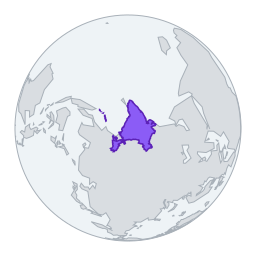 India highlighted on a globe, orthographic projection, rotated 159°
{"feature_id": "IND", "entity_name": "India", "entity_type": "country or territory", "adm_level": 0, "iso_a3": "IND", "parent_name": "Asia", "parent_adm1": "", "projection": "orthographic", "projection_center": [83.514, 21.122], "detail": "fine", "context": "on_globe", "style": "filled", "palette": "violet", "viewbox_px": 256, "rotation_deg": 159, "n_neighbors": 0, "source": "natural_earth", "source_scale": "50m", "svg_char_len": 15762}
<svg xmlns="http://www.w3.org/2000/svg" viewBox="0 0 256 256"><g transform="rotate(159 128 128)"><circle cx="128" cy="128" r="113" fill="#eef3f6" stroke="#a8b0b8"/><path d="M169.0,23.1L170.4,23.7L175.4,25.9L171.9,24.4L183.6,30.2L188.9,33.8L181.0,28.8L178.6,27.7L181.3,29.5L179.5,28.8L179.7,29.3L177.3,28.4L172.9,26.0L171.2,25.4L173.2,26.8L172.0,27.0L169.4,25.0L167.1,25.3L159.2,22.0L154.1,18.8L147.7,17.4L139.3,15.9L149.4,17.4L159.3,19.8L169.0,23.1ZM136.5,15.7L136.3,15.7L135.7,15.6L136.5,15.7ZM126.6,15.4L126.4,15.4L128.0,15.4L127.9,15.5L126.4,15.5L124.7,15.4L125.2,15.4L123.9,15.4L126.6,15.4ZM123.4,15.5L123.0,15.5L122.4,15.5L123.4,15.5ZM120.8,15.6L120.6,15.6L117.2,15.9L120.8,15.6ZM179.5,27.9L177.8,27.0L180.1,28.2L179.5,27.9ZM180.2,29.6L181.2,30.1L180.9,30.2L180.2,29.6ZM177.0,29.0L176.1,29.2L176.2,28.6L177.0,29.0ZM175.1,29.0L173.2,29.7L175.3,30.8L168.2,28.3L172.2,28.3L171.9,27.3L173.4,28.4L175.1,29.0ZM129.2,15.4L127.4,15.4L130.3,15.4L129.2,15.4ZM131.0,15.4L139.9,16.0L141.7,16.3L138.4,15.9L141.9,16.5L138.4,16.3L135.7,16.0L135.2,15.8L134.2,15.9L131.0,15.4ZM164.5,26.9L163.4,26.8L163.7,26.5L164.5,26.9ZM128.1,15.5L129.8,15.5L131.5,15.7L128.5,15.8L128.9,15.7L128.1,15.5ZM144.5,16.8L145.2,17.1L142.6,17.0L138.4,16.4L144.5,16.8ZM127.7,15.6L126.9,15.8L124.7,15.8L126.7,15.5L127.7,15.6ZM133.2,15.8L133.8,15.9L132.5,15.8L133.2,15.8ZM116.5,16.4L118.4,16.1L119.5,16.2L116.5,16.4ZM126.8,15.9L127.5,15.9L128.2,16.0L127.2,16.1L126.8,15.9ZM136.9,16.4L135.6,16.4L138.4,16.8L136.5,16.9L134.2,16.3L134.4,16.6L133.8,16.7L132.5,16.2L136.9,16.4ZM128.1,16.5L124.4,16.2L120.6,16.5L119.6,16.4L125.9,16.0L128.1,16.5ZM130.8,16.4L128.9,16.4L128.6,16.2L129.7,16.0L130.8,16.4ZM136.1,17.2L139.6,17.1L140.0,17.3L136.1,17.2ZM127.1,16.6L128.0,16.7L126.8,16.7L127.1,16.6ZM133.4,17.0L134.6,16.9L135.0,17.1L133.4,17.0ZM128.8,17.1L127.6,16.9L128.3,16.7L128.8,17.1ZM131.0,17.1L131.3,17.3L129.3,16.8L131.4,17.0L131.0,17.1ZM133.6,17.2L134.3,17.2L133.1,17.2L133.6,17.2ZM126.8,18.0L124.1,17.4L125.7,16.9L128.1,17.5L126.8,18.0ZM25.9,80.3L36.6,66.9L36.2,70.0L41.9,73.1L42.1,74.7L38.4,79.3L40.2,90.2L44.5,87.0L49.2,94.3L54.3,96.4L61.5,87.3L53.2,83.5L54.8,78.1L63.9,77.1L71.6,80.9L72.5,79.0L70.2,72.9L74.5,70.5L69.6,70.6L69.7,73.0L66.6,73.3L66.4,71.2L68.0,70.3L66.4,68.6L59.4,73.7L58.7,76.7L52.9,75.2L51.2,80.1L48.7,81.5L50.7,73.6L52.5,71.4L54.0,62.3L51.5,64.4L50.0,73.3L49.3,72.1L46.0,75.6L48.0,72.0L50.4,62.2L46.9,61.2L37.9,67.7L36.8,67.0L38.0,63.6L45.8,54.8L47.3,57.6L50.1,55.0L53.7,50.0L53.8,51.4L55.5,49.9L56.5,50.9L61.6,48.7L63.2,49.6L68.9,45.5L70.5,45.5L66.7,47.8L64.8,50.1L69.2,52.9L71.1,52.5L74.5,49.8L75.2,51.1L77.9,48.1L82.2,48.8L79.3,45.6L83.2,42.8L87.7,41.7L88.5,40.4L81.0,42.2L78.5,43.6L77.2,45.6L69.9,49.4L67.6,49.2L73.2,43.5L70.6,42.8L76.1,39.0L93.0,35.4L98.1,36.0L98.9,42.4L95.5,43.7L93.6,41.8L92.0,46.0L93.7,44.4L94.4,45.7L98.3,43.8L98.9,44.7L101.5,41.5L102.7,42.4L101.0,44.3L107.8,42.7L111.3,44.2L112.6,43.4L112.9,42.2L117.1,45.1L117.8,44.5L116.7,43.3L117.4,41.3L120.3,39.0L121.6,40.1L120.7,41.1L120.9,45.0L118.4,47.7L119.2,48.0L121.7,45.9L121.5,41.1L122.9,39.4L123.5,41.6L123.4,40.7L124.5,40.2L126.8,40.9L126.3,38.6L136.5,33.4L142.0,34.7L141.4,36.9L149.9,35.6L155.4,37.8L154.4,36.5L157.8,35.5L156.1,34.8L155.8,34.1L163.7,32.1L166.6,32.7L168.8,31.1L168.3,30.6L166.3,29.9L168.2,28.3L175.3,30.8L176.2,31.9L180.1,33.1L181.5,35.5L184.4,38.2L183.7,40.7L186.1,42.9L187.4,43.2L191.6,46.7L195.9,53.7L186.8,46.8L179.3,37.7L181.9,41.1L179.6,40.1L179.6,41.3L181.5,44.0L182.8,44.4L177.5,48.8L179.0,56.8L182.9,55.9L186.4,58.2L191.5,68.2L188.2,83.2L192.8,87.7L193.8,90.9L191.4,93.2L189.8,88.5L186.4,87.2L185.9,84.4L181.4,87.1L180.5,83.3L177.5,87.5L179.8,90.4L184.1,89.2L181.8,94.9L187.5,99.9L189.3,106.4L183.6,118.9L176.1,123.3L175.8,125.4L172.2,123.3L168.3,127.8L175.7,139.1L175.8,142.6L169.1,149.6L168.8,147.1L159.3,141.5L158.1,149.7L165.3,156.0L167.8,163.6L162.5,161.5L159.9,154.8L156.6,152.6L157.0,145.5L153.4,135.1L148.1,137.3L148.1,133.0L142.3,124.4L134.3,127.2L122.0,138.2L120.9,149.0L116.4,153.4L109.2,137.5L108.2,126.9L104.2,127.5L98.0,117.9L83.3,115.2L82.5,112.2L79.4,113.0L75.2,109.3L74.4,104.5L71.3,104.1L73.9,116.8L77.4,117.3L82.0,113.6L81.9,117.9L86.1,122.5L77.1,131.0L57.3,135.3L57.4,127.1L53.1,102.1L54.4,99.9L54.5,99.6L54.5,99.1L52.0,102.5L52.0,97.8L52.1,114.5L51.2,121.2L57.0,135.7L55.9,136.7L58.4,140.0L69.0,139.6L68.6,142.3L62.3,153.1L49.6,165.5L52.5,176.8L53.6,185.5L48.3,188.8L51.5,195.7L49.2,196.7L50.9,200.3L50.5,203.0L49.0,204.6L43.4,201.1L40.9,197.6L34.8,189.2L25.5,170.2L24.6,163.6L23.1,157.2L19.4,140.7L20.0,133.7L19.6,129.7L18.3,128.9L18.0,124.1L17.5,123.0L15.7,119.0L15.8,118.4L16.7,110.6L18.2,102.8L20.3,95.1L22.8,87.6L25.9,80.3ZM29.4,76.0L28.3,77.8L29.4,76.0ZM77.7,90.5L83.7,92.6L84.6,85.7L87.0,86.0L86.5,83.7L84.7,85.2L83.9,79.0L87.8,78.0L88.9,75.3L87.0,74.5L79.9,77.3L81.0,86.0L78.1,88.2L77.7,90.5ZM63.6,41.4L62.7,42.7L60.5,44.1L58.5,43.9L61.7,41.8L63.6,41.4ZM61.9,44.5L68.0,39.3L69.5,39.6L67.6,40.2L68.0,40.9L65.1,42.3L60.5,47.9L58.2,49.5L55.8,47.6L57.9,47.2L58.7,45.7L61.9,44.5ZM81.1,28.6L83.7,27.2L83.4,29.4L81.0,30.6L78.9,30.2L80.5,28.6L81.1,28.6ZM113.8,16.3L113.3,16.3L112.4,16.4L113.8,16.3ZM110.4,16.7L111.4,16.6L116.5,16.0L122.9,15.5L124.2,15.6L123.5,15.8L122.2,16.0L121.7,15.8L120.3,16.1L118.6,16.0L117.3,16.2L108.3,17.2L109.0,17.0L102.8,18.3L102.4,18.3L110.4,16.7ZM114.2,22.5L114.2,21.5L111.0,23.5L109.3,22.8L109.1,23.1L106.6,23.1L103.2,23.7L102.9,23.3L101.7,23.8L100.0,23.9L98.3,24.4L97.1,23.9L94.8,24.6L95.5,24.0L92.0,25.3L94.1,24.2L92.2,24.5L91.2,25.4L88.9,23.2L86.4,23.6L83.1,24.8L87.1,23.1L92.7,21.1L98.5,19.5L100.4,19.6L101.8,19.0L103.2,18.9L101.5,19.4L104.9,18.6L105.5,18.7L110.7,18.3L115.3,17.4L117.3,17.4L115.8,17.8L118.8,17.5L117.4,18.3L118.8,18.4L118.8,19.4L115.1,20.4L117.0,20.4L117.1,21.4L114.2,22.5ZM126.6,18.3L122.7,19.3L119.8,19.5L121.0,17.7L119.9,17.5L120.6,16.6L124.8,16.4L124.2,16.6L124.6,16.8L123.2,16.8L124.6,17.0L123.9,17.4L124.8,17.7L123.3,17.9L126.6,18.3ZM44.2,73.6L44.8,74.3L46.0,74.9L43.9,77.3L44.2,73.6ZM45.7,66.9L46.4,67.0L44.1,70.4L43.6,69.7L45.7,66.9ZM48.8,64.4L46.6,66.8L47.5,65.1L48.8,64.4ZM67.5,47.9L68.6,48.1L67.9,48.8L66.5,49.6L67.5,47.9ZM104.4,29.4L104.9,28.5L105.7,28.4L108.6,26.8L110.1,27.3L109.0,28.5L104.4,29.4ZM59.0,88.4L56.4,89.6L56.1,88.4L57.1,88.2L59.0,88.4ZM48.9,83.3L50.3,85.7L48.4,83.9L48.9,83.3ZM106.6,29.7L107.6,28.9L107.7,29.7L106.6,29.7ZM111.4,27.6L111.9,28.4L110.7,27.2L111.4,27.6ZM109.3,232.8L111.3,233.7L109.5,233.6L109.3,232.8ZM68.7,188.4L67.4,201.9L63.1,200.8L60.5,196.2L59.8,187.6L64.2,186.3L65.9,182.7L68.7,188.4ZM192.4,178.1L195.2,178.0L195.0,178.5L192.4,178.1ZM189.6,176.9L192.8,176.5L189.0,178.0L189.6,176.9ZM194.1,176.4L197.3,174.9L198.8,173.9L198.4,174.9L194.1,176.4ZM187.4,177.3L174.8,178.7L169.6,177.9L170.9,176.1L179.2,175.7L187.4,177.3ZM170.5,176.1L162.6,171.7L150.9,157.5L155.1,157.6L167.1,165.9L166.4,167.5L171.2,171.0L170.5,176.1ZM189.4,164.7L188.6,169.5L181.7,170.0L178.6,169.6L176.4,163.9L177.6,160.7L180.3,160.5L189.9,148.9L193.4,150.9L190.6,155.7L193.4,159.4L189.4,164.7ZM121.5,150.0L124.3,156.4L121.8,157.4L121.5,150.0ZM193.4,141.0L189.8,146.1L192.9,139.5L193.4,141.0ZM194.9,134.8L195.4,137.2L193.6,135.1L194.9,134.8ZM176.2,128.7L173.4,129.5L173.1,127.8L176.5,125.8L176.2,128.7ZM190.7,112.0L191.4,116.9L191.2,118.7L189.6,115.9L190.7,112.0ZM120.9,35.3L115.1,36.8L111.9,38.7L111.7,40.9L109.5,38.7L114.4,35.7L120.9,35.3ZM134.5,33.4L134.6,31.9L136.2,32.3L136.4,32.8L134.5,33.4ZM133.4,32.6L130.5,31.2L131.7,30.2L133.7,31.5L133.4,32.6ZM118.4,29.9L116.5,30.2L116.5,29.5L118.4,29.9ZM200.4,214.0L202.9,211.3L205.0,209.8L202.0,212.7L200.4,214.0ZM199.2,206.1L180.2,215.7L176.7,215.7L178.9,213.0L178.3,205.9L179.6,205.8L180.4,200.6L192.3,193.8L201.3,183.0L206.4,182.3L211.2,174.5L216.0,173.5L213.7,179.3L217.7,181.2L222.9,168.0L222.8,179.6L224.0,182.6L221.4,189.7L210.0,204.7L205.8,208.6L206.1,207.8L204.1,209.6L202.5,210.1L203.9,206.7L201.8,208.5L204.8,205.0L201.3,208.4L201.5,206.3L199.2,206.1ZM231.9,171.5L232.3,170.4L232.3,170.5L231.9,171.5ZM235.8,160.8L235.7,161.0L236.2,159.5L235.8,160.7L235.8,160.8ZM236.3,155.9L236.6,155.0L236.6,155.4L236.3,155.9ZM199.2,177.3L203.2,173.0L205.2,172.3L199.2,177.3ZM236.3,154.8L235.8,155.2L236.0,154.4L236.3,154.8ZM236.5,153.1L236.6,152.2L236.6,154.2L236.5,153.1ZM235.8,151.9L236.3,153.0L235.7,152.2L235.8,151.9ZM235.4,152.5L235.0,152.2L235.0,151.8L235.4,152.5ZM228.1,158.3L230.1,162.8L228.0,163.7L225.9,161.3L223.4,165.6L218.3,166.9L219.7,164.4L219.2,161.4L213.4,161.8L212.2,160.0L214.5,158.0L210.4,157.4L214.9,155.3L216.5,159.2L219.0,155.0L222.9,154.6L226.4,154.7L228.8,156.7L228.1,158.3ZM214.5,164.9L215.3,164.7L214.5,166.1L214.5,164.9ZM234.1,150.6L234.7,152.1L234.6,152.7L234.2,152.7L234.1,150.6ZM229.4,155.7L232.2,150.8L232.7,150.5L230.8,155.5L229.4,155.7ZM231.7,148.8L232.8,148.6L233.3,150.3L233.0,151.0L231.7,148.8ZM205.4,163.1L205.2,164.4L203.9,163.7L205.4,163.1ZM207.0,162.1L210.6,162.5L206.7,163.2L207.0,162.1ZM195.3,160.1L196.4,162.8L200.1,160.3L197.3,163.5L199.6,167.7L198.7,169.7L196.4,165.0L195.3,170.4L193.7,170.6L192.9,166.2L194.7,160.4L196.4,157.8L202.9,155.7L195.3,160.1ZM207.1,158.6L206.1,155.4L206.8,153.0L207.9,154.5L207.1,158.6ZM202.8,147.9L199.9,144.4L197.4,146.4L202.1,140.0L204.3,144.3L202.8,147.9ZM199.9,139.6L197.7,141.4L199.8,137.8L199.9,139.6ZM196.9,140.2L196.4,137.5L198.3,137.5L196.9,140.2ZM201.2,139.5L201.2,134.8L202.4,137.3L201.2,139.5ZM194.9,131.5L199.5,135.3L194.0,134.3L192.6,125.3L194.8,124.7L194.9,131.5ZM200.1,93.4L198.9,91.0L200.6,90.1L200.9,92.0L200.1,93.4ZM205.0,85.7L200.6,89.1L196.9,92.2L198.6,93.1L198.8,97.5L195.6,93.9L197.4,88.7L200.4,87.2L199.8,83.7L201.3,80.9L199.2,76.8L199.6,74.7L202.3,78.1L205.0,85.7ZM198.2,75.1L195.2,67.9L198.9,68.2L200.4,69.9L200.3,72.9L198.3,72.5L198.2,75.1ZM195.6,66.3L193.7,66.0L185.2,56.5L184.3,54.7L192.8,61.6L191.4,61.7L192.8,64.1L195.6,66.3ZM164.3,27.4L163.5,26.9L164.7,27.2L164.3,27.4ZM154.8,33.8L154.7,33.0L156.2,33.3L154.8,33.8ZM155.2,31.0L153.6,31.2L154.7,30.5L155.2,31.0ZM150.1,31.9L152.7,31.1L151.0,32.5L150.1,31.9Z" fill="#d9dde1" stroke="#a8b0b8" stroke-width="1"/><path d="M100.7,121.3L101.1,121.2L101.7,121.2L101.8,120.6L102.0,120.6L103.2,120.7L103.6,121.0L104.0,120.9L104.9,120.6L105.0,120.6L105.0,120.9L105.2,121.0L105.9,120.7L105.8,120.3L105.9,120.1L105.4,118.6L105.4,118.2L104.7,118.0L104.5,117.6L104.7,116.4L103.7,115.9L103.8,115.2L104.5,114.5L105.0,113.8L105.4,113.5L105.8,113.7L105.9,114.1L106.0,114.2L107.9,113.8L108.1,113.4L108.4,113.1L108.9,112.4L109.9,111.9L110.5,110.9L110.8,110.2L111.6,109.9L111.8,109.7L111.8,109.3L112.6,108.4L113.1,108.2L112.9,107.9L113.1,107.4L113.0,106.9L113.1,106.7L114.4,106.0L114.3,105.7L113.4,105.4L113.4,104.9L112.9,104.8L112.9,104.4L112.4,104.0L112.7,103.4L112.5,103.0L113.0,102.6L112.4,102.3L112.6,102.0L112.3,101.7L112.6,101.2L113.2,101.0L115.4,101.6L116.0,101.3L116.8,101.2L117.5,100.8L117.6,100.6L118.9,99.9L119.3,99.9L119.2,100.4L119.6,101.6L120.2,101.8L120.6,102.2L120.6,102.4L120.2,102.8L120.3,103.7L120.8,104.4L120.7,104.6L120.9,104.8L120.9,105.7L120.4,105.9L120.0,105.5L119.5,105.6L119.7,106.2L120.0,106.7L120.0,107.1L120.1,107.4L120.0,107.6L120.0,107.9L120.4,107.9L120.5,107.8L121.2,108.6L121.7,108.7L122.3,109.0L122.4,109.5L123.2,109.8L123.7,110.3L122.7,111.1L122.4,111.7L122.4,112.1L122.1,112.5L122.1,112.8L122.7,113.3L123.0,113.2L125.1,114.8L125.3,114.7L126.2,115.1L126.5,115.1L126.6,115.4L127.6,115.7L127.9,115.6L128.6,115.7L129.0,115.5L129.9,115.9L130.1,116.4L130.8,116.7L131.0,116.9L131.6,116.8L131.8,116.9L132.0,117.2L132.4,117.1L133.6,117.5L134.2,117.3L134.3,117.5L134.6,117.6L134.9,117.5L135.6,117.5L135.9,117.6L136.2,116.9L135.8,116.1L136.1,114.9L136.0,114.6L136.8,114.2L137.2,114.3L137.3,114.6L137.1,115.3L137.4,115.7L137.1,116.0L137.4,116.4L137.9,116.6L138.2,116.6L139.0,116.8L139.6,116.7L140.0,116.4L140.6,116.6L141.6,116.5L141.8,116.4L142.3,116.5L142.8,116.4L142.9,116.2L142.8,115.9L142.9,115.5L142.7,115.2L142.3,115.2L142.0,115.0L142.1,114.6L142.7,114.6L142.9,114.5L143.6,114.3L143.9,114.1L143.8,113.9L144.4,113.4L144.7,112.8L145.6,112.5L145.9,112.2L146.0,112.0L146.9,111.3L147.2,111.5L148.3,111.7L148.4,111.4L149.3,110.9L149.6,111.2L149.8,111.2L149.5,111.5L149.5,111.9L150.0,111.6L150.3,112.1L149.9,112.8L150.1,112.9L150.4,112.7L150.7,112.8L151.2,112.8L151.7,113.1L151.8,113.6L151.1,114.3L151.6,115.2L151.3,115.2L150.9,114.9L150.0,115.1L148.3,116.5L148.2,117.0L148.4,117.6L148.1,118.3L147.5,119.1L147.5,119.3L147.8,119.6L147.2,121.1L147.0,122.0L146.2,121.7L145.8,121.8L145.5,121.7L145.7,122.4L145.7,123.5L145.4,123.7L145.3,124.3L145.5,125.3L145.3,125.4L145.1,125.8L144.7,125.5L144.5,125.8L144.2,124.5L144.0,124.0L143.7,122.5L143.1,122.6L143.1,122.9L142.8,123.4L142.8,123.8L142.6,124.0L142.4,123.9L142.3,123.6L142.2,123.6L142.2,123.8L141.7,122.8L141.8,122.2L142.1,121.8L142.9,121.6L143.1,121.2L143.3,121.1L143.5,120.2L143.9,120.2L143.1,119.6L140.3,119.8L139.2,119.6L139.1,118.3L138.8,117.8L138.7,117.9L138.6,118.2L138.3,118.2L138.0,118.0L137.7,117.5L137.6,117.8L137.4,117.8L137.1,117.7L137.0,117.4L136.5,117.2L136.5,117.3L136.7,117.6L136.2,118.1L136.1,118.5L136.8,119.2L137.3,119.3L137.7,119.7L137.4,119.9L136.8,119.9L136.6,120.5L136.3,120.4L136.1,121.0L136.3,121.3L137.3,121.7L137.3,122.2L137.1,122.8L137.4,123.3L137.4,123.7L137.8,123.8L137.6,124.1L138.1,125.6L138.0,126.2L137.9,126.2L138.1,126.8L137.8,126.8L137.7,126.6L137.6,126.9L137.4,126.6L137.5,126.1L137.3,125.9L137.3,126.8L137.0,126.9L136.7,126.6L136.7,126.9L136.4,126.9L136.5,125.9L136.1,125.6L136.0,125.4L136.1,125.7L136.5,125.9L136.1,126.5L135.6,126.9L134.6,127.2L134.1,127.7L134.1,128.0L134.4,128.8L134.0,129.5L133.5,129.8L133.3,130.1L133.0,130.1L133.0,130.4L131.8,130.8L131.7,130.8L131.8,130.7L131.7,130.4L131.2,130.7L131.1,131.0L131.4,130.8L131.6,130.9L130.3,131.9L129.1,133.6L128.3,134.0L127.4,134.9L125.8,135.9L125.7,136.2L125.8,136.5L125.6,137.0L124.7,137.4L123.8,137.4L123.2,138.5L122.9,138.5L122.8,138.3L122.6,138.2L121.9,138.6L121.5,139.3L121.4,139.8L121.7,141.0L121.5,141.5L121.9,142.9L121.6,142.5L121.4,142.7L121.9,143.2L121.7,144.5L121.0,145.8L120.8,146.6L120.8,146.8L120.6,147.1L120.8,147.1L120.9,147.3L120.9,149.0L120.3,149.0L119.9,149.1L119.8,149.6L119.1,150.4L119.1,150.7L119.3,150.9L120.0,151.2L119.2,151.0L118.1,151.3L117.7,151.7L117.4,152.7L116.4,153.2L115.5,152.7L114.5,151.5L114.1,150.5L114.0,149.5L114.2,150.3L114.4,150.3L114.2,149.6L113.9,149.2L113.0,146.7L112.7,146.0L112.1,145.3L111.6,144.3L111.3,143.3L111.2,142.1L110.7,140.5L109.9,139.3L109.7,138.7L109.9,138.7L109.6,138.3L109.8,138.2L109.5,138.1L108.9,136.5L108.7,134.2L108.3,132.2L108.6,131.5L108.5,131.2L108.3,131.6L108.2,131.3L108.3,130.9L108.6,131.0L108.2,130.8L108.3,130.5L108.1,130.4L108.1,129.9L108.6,128.2L108.5,127.4L108.3,127.2L108.2,126.8L108.4,126.6L108.2,126.7L109.1,126.1L108.1,126.2L108.2,125.8L108.4,125.7L108.1,125.6L108.2,125.3L108.6,125.2L107.5,125.0L107.7,125.4L107.2,125.9L107.5,126.1L107.5,126.5L107.1,127.2L105.2,127.9L104.7,127.8L104.3,127.6L103.5,126.8L102.2,125.1L101.8,124.5L102.0,124.2L102.4,124.6L104.0,124.1L104.7,123.3L104.6,123.2L104.4,123.4L104.0,123.4L103.1,123.7L102.4,123.5L101.4,122.7L101.1,121.9L101.8,121.4L100.8,121.8L100.7,121.3ZM145.7,146.2L145.3,145.6L145.5,145.0L145.7,144.9L145.6,144.3L145.8,142.7L145.9,142.4L146.2,142.3L146.2,142.6L146.2,142.9L145.9,143.5L146.0,143.7L146.1,144.3L145.9,144.5L145.9,144.9L145.7,145.4L145.8,145.6L145.7,146.2ZM148.2,154.9L148.0,155.3L147.7,154.8L147.7,154.5L148.0,154.4L148.2,154.9ZM145.3,148.2L145.0,148.2L145.0,147.8L145.3,147.5L145.4,147.9L145.3,148.2ZM147.2,153.2L147.1,152.9L147.2,153.2ZM147.4,152.9L147.3,152.5L147.4,152.9ZM147.8,154.2L147.6,154.4L147.7,154.1L147.8,154.2ZM146.0,150.8L145.8,150.8L145.9,150.7L146.0,150.8ZM145.6,146.5L145.4,146.5L145.5,146.3L145.6,146.5ZM146.2,145.2L146.3,145.5L146.1,145.3L146.2,145.2ZM146.6,152.3L146.7,152.6L146.6,152.3ZM145.6,143.5L145.5,143.8L145.5,143.5L145.6,143.5Z" fill="#8b5cf6" stroke="#5b21b6" stroke-width="1.5"/></g></svg>